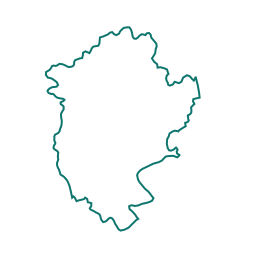 outline of Iwye, Grodno, Belarus, rotated 78°
{"feature_id": "67162791B89656925241953", "entity_name": "Iwye", "entity_type": "district", "adm_level": 2, "iso_a3": "BLR", "parent_name": "Belarus", "parent_adm1": "Grodno", "projection": "orthographic", "projection_center": [25.918, 54.018], "detail": "fine", "context": "isolated", "style": "outline", "palette": "teal", "viewbox_px": 256, "rotation_deg": 78, "n_neighbors": 0, "source": "geoboundaries", "source_scale": "gbopen_adm2", "svg_char_len": 3477}
<svg xmlns="http://www.w3.org/2000/svg" viewBox="0 0 256 256"><g transform="rotate(78 128 128)"><path d="M91.8,51.2L92.7,51.5L95.3,53.7L93.4,55.1L90.4,56.7L88.6,59.3L90.2,63.6L94.0,66.3L94.7,68.9L92.5,72.8L94.7,75.0L95.2,78.4L94.1,79.7L91.8,79.7L89.8,80.4L87.2,80.4L84.7,79.1L83.6,77.2L78.9,77.7L77.5,79.5L75.3,83.6L75.1,86.5L71.7,86.2L68.6,88.7L64.9,90.1L62.2,87.4L60.4,85.8L56.5,84.5L54.3,83.0L51.8,82.8L51.3,82.8L44.5,86.4L41.3,86.5L39.4,87.7L39.3,89.9L40.8,91.7L40.1,92.8L39.1,94.9L40.1,97.6L41.6,99.6L42.4,101.6L41.9,103.3L40.2,104.3L38.0,104.4L35.5,104.3L32.5,104.6L29.8,105.7L29.3,108.4L29.2,111.5L30.7,114.0L31.9,115.7L33.9,117.2L34.7,120.1L33.4,122.1L30.9,123.5L31.0,125.8L32.3,128.3L33.3,133.2L33.6,136.6L36.3,137.5L39.2,138.3L41.4,140.0L41.2,143.1L41.2,145.1L42.5,146.8L44.9,148.5L46.7,150.2L45.4,151.9L44.2,153.7L45.0,156.3L47.2,156.9L50.1,158.3L49.9,160.7L50.2,162.4L50.4,164.4L50.8,165.8L52.5,167.0L54.5,167.5L55.7,168.4L56.2,169.8L56.3,171.7L55.9,173.7L54.6,175.3L52.9,177.4L51.7,179.6L51.0,181.6L51.6,183.3L52.2,184.7L52.2,186.1L51.4,188.0L51.7,189.6L53.1,190.5L54.6,192.2L55.4,193.9L55.8,195.2L56.2,196.4L58.9,197.3L62.1,195.9L63.0,193.6L64.3,191.7L66.3,189.9L68.4,188.1L71.4,187.5L72.7,189.2L72.6,191.4L72.3,193.5L72.9,196.2L74.1,198.3L75.4,199.1L77.3,198.3L78.8,196.0L78.8,194.9L79.7,193.6L81.1,192.9L83.0,191.6L84.0,190.2L84.9,188.2L85.9,185.5L87.2,184.3L88.2,185.5L88.7,188.1L89.4,188.8L90.7,188.8L92.3,187.3L93.6,186.5L96.4,187.1L97.9,188.6L100.0,190.4L101.9,191.0L105.0,191.2L107.4,191.3L110.3,192.1L112.5,193.0L114.2,194.2L115.5,195.0L116.8,195.5L118.4,197.3L118.9,199.2L119.5,200.9L121.1,201.9L122.2,202.0L124.5,202.6L125.8,202.6L127.2,202.1L128.4,202.6L129.8,204.1L131.9,205.0L133.2,204.6L134.7,203.2L135.7,202.1L137.5,201.3L140.5,202.3L142.2,202.7L144.0,202.7L145.5,203.4L147.2,204.6L149.4,205.1L151.1,205.0L152.6,204.7L154.1,204.2L157.8,203.8L159.3,203.8L160.4,202.8L161.4,201.7L162.7,200.6L164.4,199.7L165.7,198.9L168.3,198.0L170.6,197.6L172.7,197.2L175.0,197.2L177.5,197.1L180.2,197.1L184.5,197.1L183.5,195.7L184.9,194.6L188.9,193.5L188.5,190.9L188.5,188.0L188.3,185.6L187.2,184.4L188.9,182.7L190.9,182.7L192.3,182.7L192.7,181.6L193.9,179.5L196.8,180.2L198.6,182.1L200.0,181.6L202.4,178.4L203.8,177.1L205.0,175.4L206.6,173.9L208.2,173.4L210.6,173.4L212.4,173.1L214.9,171.9L214.8,169.7L214.3,168.2L212.6,165.8L212.1,163.8L213.2,162.2L215.7,161.1L219.0,160.5L221.3,159.6L225.1,158.3L226.8,156.6L226.7,152.4L225.6,148.1L223.8,145.4L221.6,141.9L219.7,139.0L219.0,136.9L216.5,138.2L214.5,138.9L212.1,140.2L209.6,141.8L207.8,143.3L206.1,143.3L204.7,143.1L204.3,141.0L204.8,139.3L205.7,137.5L205.9,134.0L205.1,130.2L205.1,126.2L204.9,122.8L204.2,119.7L202.0,117.7L200.2,118.5L197.3,119.9L194.6,121.2L191.0,124.0L186.6,126.3L183.4,128.0L180.3,128.9L176.1,128.9L174.3,127.8L172.4,125.5L171.0,122.4L170.1,118.6L169.3,115.2L168.2,111.0L167.9,107.0L167.8,105.0L166.9,101.6L165.3,99.4L163.8,97.1L163.8,95.1L164.2,92.0L164.7,89.4L166.9,86.0L166.0,84.2L165.1,83.3L163.1,85.3L161.3,85.3L159.6,84.0L158.4,84.4L157.1,85.1L158.6,87.8L159.1,90.7L158.4,92.4L155.9,93.3L151.5,93.3L147.0,92.0L144.8,90.0L141.9,88.4L140.6,84.8L140.4,82.6L141.5,79.9L141.8,79.6L140.7,78.1L139.5,74.9L138.8,72.9L138.3,71.2L136.6,71.2L134.8,71.0L134.6,68.5L133.3,67.0L131.3,67.2L128.2,66.9L127.2,64.0L125.6,62.7L123.7,62.3L120.9,62.0L119.5,60.0L118.3,58.0L115.5,58.9L113.4,58.1L113.2,55.5L113.2,51.6L107.8,51.1L100.7,50.9L91.8,51.2Z" fill="none" stroke="#0f766e" stroke-width="2"/></g></svg>